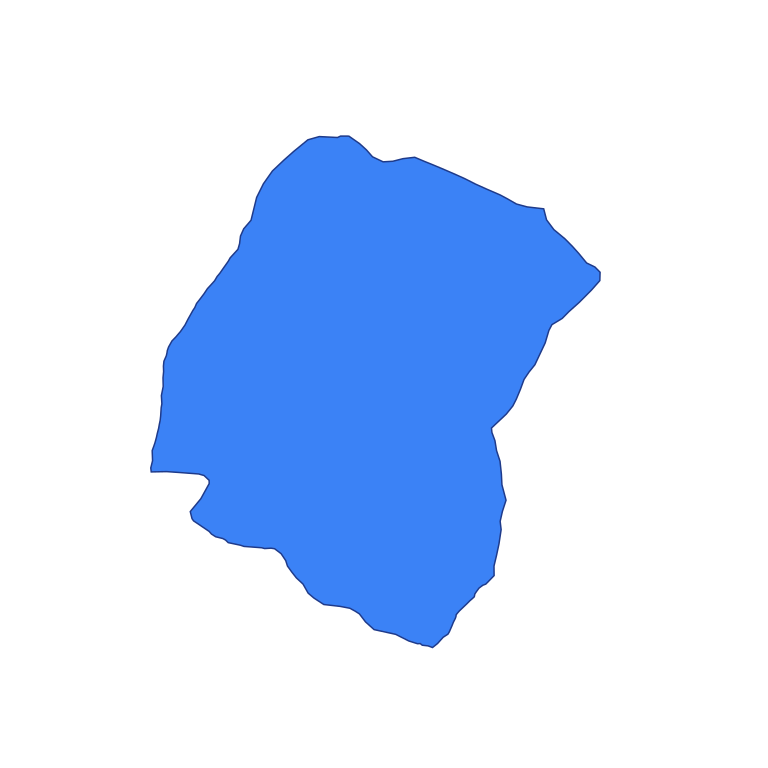 Toetsho, Tashi Yangtse, Bhutan (orthographic projection), rotated 55°
{"feature_id": "84629894B2316298414360", "entity_name": "Toetsho", "entity_type": "district", "adm_level": 2, "iso_a3": "BTN", "parent_name": "Bhutan", "parent_adm1": "Tashi Yangtse", "projection": "orthographic", "projection_center": [91.605, 27.504], "detail": "fine", "context": "isolated", "style": "filled", "palette": "blue", "viewbox_px": 768, "rotation_deg": 55, "n_neighbors": 0, "source": "geoboundaries", "source_scale": "gbopen_adm2", "svg_char_len": 2402}
<svg xmlns="http://www.w3.org/2000/svg" viewBox="0 0 768 768"><g transform="rotate(55 384 384)"><path d="M322.5,625.1L331.1,612.3L338.7,602.9L346.9,592.9L351.5,587.3L353.3,585.9L355.7,583.9L362.6,582.5L365.3,584.3L372.9,599.8L376.7,613.5L377.4,615.9L384.2,618.5L386.9,618.5L404.4,611.8L408.0,611.4L412.6,609.5L418.1,604.7L420.9,603.3L424.6,602.6L433.8,594.0L436.7,591.9L448.0,578.1L450.3,576.2L453.7,570.7L456.2,568.1L464.0,565.6L472.3,565.8L477.8,567.5L485.2,567.4L492.5,567.0L501.5,565.1L511.8,566.1L519.1,564.2L530.1,559.8L540.9,547.6L548.1,540.6L553.6,537.9L558.2,536.0L568.3,535.6L579.5,533.0L595.8,518.0L608.7,511.1L616.0,505.5L617.4,503.2L619.9,502.5L623.8,498.1L627.7,495.4L627.3,489.0L625.4,480.8L625.6,475.1L624.4,472.5L621.1,467.1L619.0,463.9L616.9,460.0L615.8,458.5L614.4,457.2L613.7,454.8L613.1,452.3L611.6,442.4L610.8,438.0L610.5,434.9L610.1,432.1L608.1,430.0L607.1,427.4L605.7,423.3L605.5,418.6L606.3,415.4L605.2,409.4L604.1,403.7L596.2,398.3L589.0,390.2L580.9,381.5L570.5,371.6L563.1,367.6L556.3,360.1L549.2,350.7L534.2,345.2L525.1,339.5L513.9,333.3L503.1,330.0L494.0,325.6L485.6,323.4L481.7,321.2L478.8,301.1L475.9,291.1L472.3,284.3L466.6,275.3L460.6,266.7L457.4,258.4L454.8,249.4L449.7,240.5L442.8,228.4L434.7,218.2L431.7,212.4L432.5,200.4L430.8,191.2L429.1,177.1L427.4,167.6L426.0,159.9L423.1,147.9L416.4,142.9L409.2,144.1L401.1,148.6L388.6,149.6L379.5,150.7L368.9,152.5L355.0,156.3L342.8,156.7L332.1,152.7L321.0,165.2L312.5,172.3L303.3,176.6L295.8,180.4L283.1,188.2L272.7,194.4L262.4,199.9L254.8,204.4L244.0,211.0L231.9,218.6L225.0,223.1L215.9,228.8L210.3,239.2L206.6,249.0L201.5,257.3L191.3,263.1L182.2,264.1L173.2,266.1L160.8,270.6L156.0,277.4L155.4,280.7L144.2,295.1L140.3,306.3L141.7,324.7L143.2,337.7L145.5,353.2L150.8,367.9L158.1,381.3L173.6,399.0L176.4,409.9L180.5,416.7L186.2,421.8L189.9,426.4L192.4,437.6L194.1,441.1L196.9,448.9L199.1,454.9L200.2,459.0L202.3,463.6L203.8,470.2L204.6,473.9L206.9,479.8L209.4,487.6L210.5,491.3L212.9,495.2L214.1,498.3L218.4,507.2L221.6,513.3L224.3,520.7L225.3,524.6L226.0,527.2L227.1,533.0L230.1,539.2L232.3,542.3L234.0,543.9L236.0,546.1L239.1,551.2L242.8,554.4L247.4,557.4L252.2,561.5L259.4,566.3L265.8,573.0L272.8,577.3L275.6,580.1L282.1,585.3L285.5,588.3L288.0,591.0L291.0,594.0L294.5,598.1L297.1,600.9L300.6,605.1L302.6,607.8L305.6,612.1L314.1,617.6L319.0,623.2L322.5,625.1Z" fill="#3b82f6" stroke="#1e3a8a" stroke-width="1.5"/></g></svg>